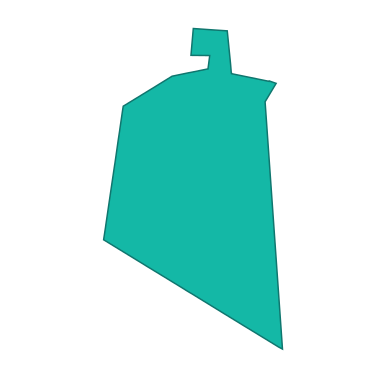 Al Khalaq, Al Jawf, Yemen (orthographic projection), rotated 266°
{"feature_id": "15242507B45819395653811", "entity_name": "Al Khalaq", "entity_type": "district", "adm_level": 2, "iso_a3": "YEM", "parent_name": "Yemen", "parent_adm1": "Al Jawf", "projection": "orthographic", "projection_center": [44.809, 16.066], "detail": "fine", "context": "isolated", "style": "filled", "palette": "teal", "viewbox_px": 384, "rotation_deg": 266, "n_neighbors": 0, "source": "geoboundaries", "source_scale": "gbopen_adm2", "svg_char_len": 820}
<svg xmlns="http://www.w3.org/2000/svg" viewBox="0 0 384 384"><g transform="rotate(266 192 192)"><path d="M150.5,100.5L126.6,134.0L120.5,142.5L117.5,146.8L116.1,148.7L110.5,156.6L103.1,167.0L95.1,178.2L94.6,178.8L92.0,182.5L91.2,183.7L68.5,215.4L54.8,234.6L54.1,235.6L31.3,267.6L29.0,271.3L34.0,271.3L42.3,271.3L276.9,271.2L294.5,283.5L297.4,276.8L297.0,276.6L306.8,241.4L307.3,239.7L307.9,239.7L308.0,239.5L316.9,239.4L350.3,238.4L352.2,224.5L355.0,204.7L328.4,200.5L326.9,219.2L322.4,218.3L314.5,216.7L313.7,216.6L311.4,199.1L311.1,196.4L308.9,180.2L306.6,175.8L297.3,158.1L296.9,157.3L293.1,150.0L282.4,129.4L279.0,128.6L260.6,124.6L257.7,124.0L249.7,122.2L247.4,121.7L231.5,118.3L225.5,117.0L225.2,116.9L200.2,111.4L164.5,103.6L163.0,103.3L150.5,100.5Z" fill="#14b8a6" stroke="#0f766e" stroke-width="1.5"/></g></svg>